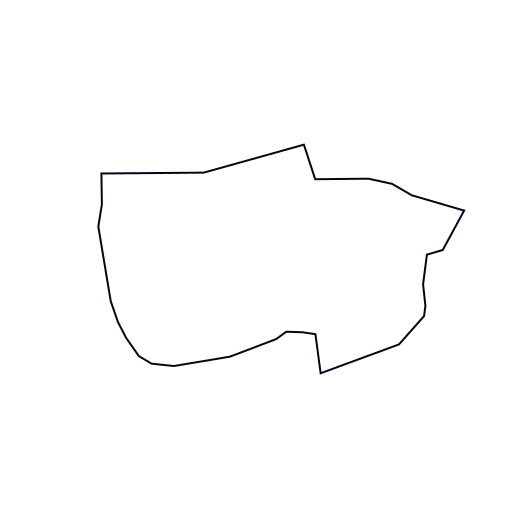 Bloke, Mercator projection, rotated 301°
{"feature_id": "SVN-254", "entity_name": "Bloke", "entity_type": "Municipality", "adm_level": 1, "iso_a3": "SVN", "parent_name": "Slovenia", "parent_adm1": "", "projection": "mercator", "projection_center": [14.507, 45.785], "detail": "fine", "context": "isolated", "style": "outline", "palette": "ink", "viewbox_px": 512, "rotation_deg": 301, "n_neighbors": 0, "source": "natural_earth", "source_scale": "10m", "svg_char_len": 511}
<svg xmlns="http://www.w3.org/2000/svg" viewBox="0 0 512 512"><g transform="rotate(301 256 256)"><path d="M247.1,81.0L300.5,168.2L376.1,239.7L352.3,267.2L380.2,312.6L387.9,335.4L388.3,358.4L402.1,411.0L357.4,413.0L345.2,401.8L317.8,413.8L300.5,426.9L291.1,431.0L253.9,424.1L188.8,371.8L219.6,347.2L214.5,335.0L206.7,321.0L195.2,316.1L156.3,285.5L119.4,242.3L109.9,221.9L109.9,207.1L118.8,187.1L128.2,171.8L142.4,154.8L200.0,105.7L220.9,97.3L247.1,81.0Z" fill="none" stroke="#020617" stroke-width="2"/></g></svg>